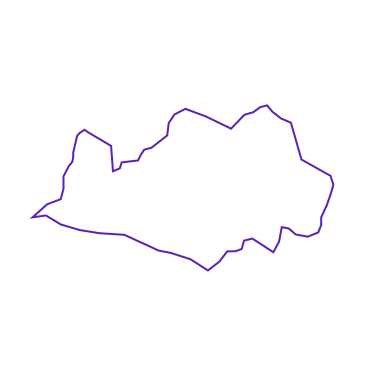 Kayanza, Natural Earth projection, rotated 306°
{"feature_id": "BDI-2640", "entity_name": "Kayanza", "entity_type": "Province", "adm_level": 1, "iso_a3": "BDI", "parent_name": "Burundi", "parent_adm1": "", "projection": "natural_earth1", "projection_center": [29.667, -2.994], "detail": "fine", "context": "isolated", "style": "outline", "palette": "violet", "viewbox_px": 384, "rotation_deg": 306, "n_neighbors": 0, "source": "natural_earth", "source_scale": "10m", "svg_char_len": 913}
<svg xmlns="http://www.w3.org/2000/svg" viewBox="0 0 384 384"><g transform="rotate(306 192 192)"><path d="M169.8,66.1L173.6,66.4L179.2,68.5L179.2,72.3L181.7,99.5L162.3,115.9L168.7,119.7L174.6,117.7L185.8,129.8L192.1,128.7L198.2,128.5L204.0,133.2L223.2,138.7L234.0,132.7L244.4,132.2L255.4,137.8L261.2,158.5L266.2,186.4L285.2,189.0L292.6,194.7L300.7,197.3L306.2,201.8L304.2,209.9L303.8,220.8L306.2,231.3L282.6,261.5L286.5,294.5L281.0,302.1L272.9,305.1L260.3,308.9L247.5,311.4L241.3,315.9L233.4,317.9L223.9,311.9L218.6,300.9L219.4,291.7L216.3,285.3L203.0,291.6L191.1,293.2L189.8,268.2L183.2,262.7L175.1,265.7L169.7,262.1L164.7,255.4L151.9,255.1L137.9,251.0L136.7,230.3L130.2,210.6L125.0,199.4L117.6,162.4L104.3,141.4L95.2,123.5L88.6,104.9L87.2,87.7L77.8,77.9L96.9,82.0L109.1,90.0L119.2,86.1L129.0,78.9L140.6,77.1L146.0,77.4L150.2,75.5L154.1,72.7L169.8,66.1Z" fill="none" stroke="#5b21b6" stroke-width="2"/></g></svg>